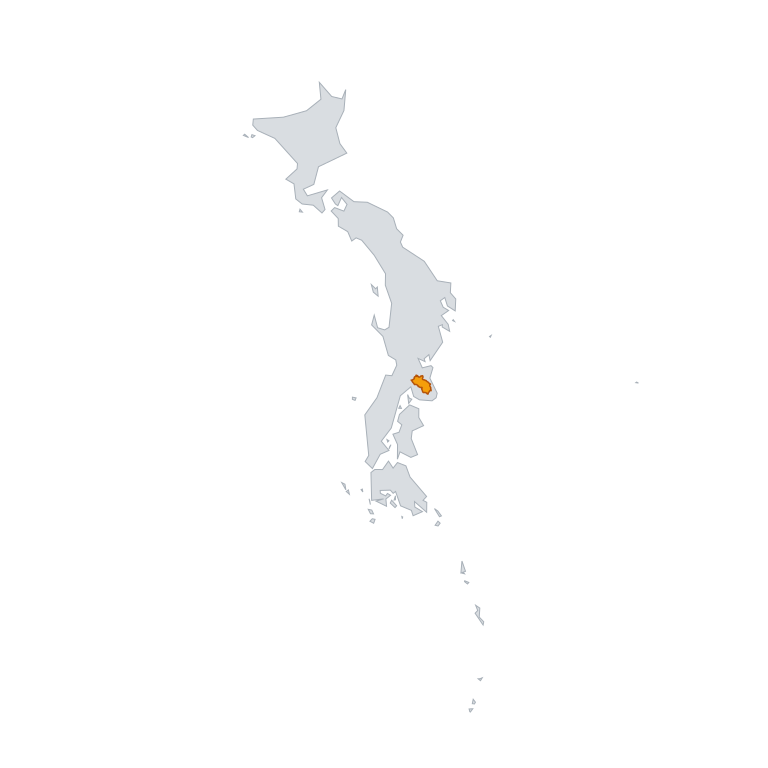 Japan, with Nara highlighted, rotated 305°
{"feature_id": "JPN-1851", "entity_name": "Nara", "entity_type": "Prefecture", "adm_level": 1, "iso_a3": "JPN", "parent_name": "Japan", "parent_adm1": "", "projection": "mercator", "projection_center": [135.875, 34.299], "detail": "fine", "context": "in_parent", "style": "filled", "palette": "amber", "viewbox_px": 768, "rotation_deg": 305, "n_neighbors": 0, "source": "natural_earth", "source_scale": "10m", "svg_char_len": 5570}
<svg xmlns="http://www.w3.org/2000/svg" viewBox="0 0 768 768"><g transform="rotate(305 384 384)"><path d="M506.3,234.3L516.6,236.9L516.1,254.8L523.3,266.1L526.9,288.3L525.4,296.4L518.4,305.3L516.8,314.3L509.7,316.0L506.8,320.8L507.6,346.6L499.1,368.4L505.1,380.8L496.8,386.0L494.8,394.0L484.7,400.4L484.3,391.2L489.7,384.2L484.5,382.4L480.8,388.5L481.3,394.8L472.9,391.7L469.7,402.3L464.8,407.6L464.1,399.0L466.1,397.8L462.4,395.4L451.9,408.1L429.6,408.4L433.8,403.9L427.7,402.4L425.9,404.8L424.5,397.2L419.2,406.1L426.0,412.0L425.5,414.7L415.1,418.2L407.0,432.8L402.6,434.6L397.8,433.0L391.4,422.2L390.8,415.5L397.1,407.6L383.7,404.1L352.1,415.2L335.6,414.6L332.4,426.2L324.3,421.2L308.1,423.0L309.7,413.0L316.7,412.5L347.7,386.0L368.7,386.1L392.3,380.3L395.3,385.7L406.7,383.7L410.5,379.8L409.9,371.2L422.4,355.8L425.3,340.0L434.8,336.5L426.4,346.5L428.7,353.5L433.3,355.6L454.5,344.0L465.7,328.4L475.2,322.0L483.8,302.2L489.0,283.3L487.7,277.3L482.6,275.6L488.0,266.9L487.1,256.1L493.3,251.6L495.4,241.5L500.2,242.4L502.6,252.0L509.9,250.7L512.4,242.2L503.6,243.9L503.6,240.9L506.3,234.3ZM563.4,163.8L581.1,169.0L594.0,158.0L589.5,176.3L593.4,186.1L603.2,183.8L585.1,194.3L566.3,197.5L555.6,210.0L551.8,221.1L524.4,205.7L507.3,212.0L497.3,206.2L494.2,213.3L510.5,226.3L500.8,226.0L493.1,235.6L488.5,235.1L489.9,223.5L484.5,213.7L485.0,205.6L496.3,195.5L495.5,186.1L510.3,189.4L515.0,186.7L522.6,153.7L519.1,134.9L520.8,128.0L526.1,125.0L544.8,148.5L563.4,163.8ZM313.1,431.9L323.4,431.9L320.3,439.7L327.4,440.1L329.5,448.9L322.7,458.7L316.3,483.4L311.1,482.7L311.6,486.9L303.4,492.5L305.2,476.4L300.9,479.8L301.5,488.7L292.8,483.4L296.2,478.9L293.7,467.5L302.6,455.1L299.7,454.2L300.7,450.1L294.6,441.9L292.4,443.7L293.3,449.6L296.3,449.6L296.6,453.2L290.9,451.5L285.3,456.2L283.5,444.7L289.7,449.6L281.6,440.6L304.0,424.1L308.7,425.5L313.1,431.9ZM368.0,414.1L381.6,417.0L383.7,426.7L376.5,431.7L372.6,440.3L361.8,434.0L354.9,437.6L345.4,452.0L339.3,448.1L337.6,436.0L330.1,438.1L342.2,429.8L348.0,420.1L353.1,424.0L360.8,422.0L361.2,416.6L368.0,414.1ZM255.4,591.0L247.7,595.7L246.4,602.1L243.4,603.4L248.5,590.1L252.2,590.7L255.3,586.0L255.4,591.0ZM459.6,322.9L452.6,328.8L453.1,322.6L458.2,316.6L457.2,322.6L459.6,322.9ZM283.7,549.4L277.3,558.2L273.3,555.4L283.7,549.4ZM291.5,464.2L289.1,463.9L290.1,457.4L293.2,456.9L291.5,464.2ZM387.5,415.5L382.2,415.4L388.9,409.4L386.9,412.9L387.5,415.5ZM302.2,509.8L298.7,509.7L297.6,506.9L302.6,506.9L302.2,509.8ZM279.5,409.5L275.4,413.5L279.0,405.9L279.5,409.5ZM308.9,506.7L307.1,505.6L310.9,496.8L310.8,501.0L308.9,506.7ZM263.5,451.2L266.9,451.7L268.0,454.3L264.0,455.4L263.5,451.2ZM276.8,415.6L273.8,418.9L274.3,414.7L276.8,415.6ZM168.9,643.0L164.8,642.9L164.8,642.2L166.6,640.1L168.9,643.0ZM356.6,369.1L354.0,369.7L353.3,366.9L355.1,365.7L356.6,369.1ZM271.6,449.9L270.0,447.3L272.3,443.0L273.7,446.3L271.6,449.9ZM176.9,637.9L175.8,641.4L173.8,641.6L172.8,639.7L176.9,637.9ZM270.1,567.3L268.1,567.1L268.3,563.3L269.1,563.0L270.1,567.3ZM513.4,135.9L510.4,135.0L510.2,133.5L512.5,132.8L513.4,135.9ZM299.0,457.5L295.7,459.8L294.7,458.8L299.0,457.5ZM478.0,218.6L476.5,215.8L479.0,214.9L478.0,218.6ZM333.6,425.4L335.7,424.6L338.3,424.5L333.6,425.4ZM508.7,126.6L508.2,131.7L507.0,126.2L508.7,126.6ZM280.1,439.4L277.4,442.0L281.4,437.6L280.1,439.4ZM199.7,633.0L196.3,633.2L196.5,630.2L197.6,631.6L199.7,633.0ZM285.5,426.5L283.4,428.6L284.3,425.8L285.5,426.5ZM375.5,409.6L374.0,412.3L372.6,410.0L375.5,409.6ZM275.2,557.1L274.7,558.8L273.9,556.7L275.2,557.1ZM476.4,403.8L475.7,405.9L475.3,403.8L476.4,403.8ZM285.8,475.6L284.1,476.2L285.7,474.6L285.8,475.6ZM340.2,418.3L340.3,420.6L338.6,420.3L340.2,418.3ZM485.3,443.9L483.3,444.3L483.4,443.2L485.3,443.9ZM530.5,589.8L530.7,591.9L529.5,589.5L530.5,589.8Z" fill="#d9dde1" stroke="#a8b0b8" stroke-width="1"/><path d="M409.3,405.3L409.6,405.3L409.8,405.6L409.8,405.8L409.9,406.2L410.0,406.7L409.9,406.9L409.4,407.0L409.7,407.4L409.8,407.6L409.8,407.9L409.7,408.3L409.6,408.6L409.8,408.9L410.1,409.2L410.5,409.4L410.9,409.6L411.2,409.6L411.4,409.6L411.6,409.6L411.8,409.8L412.0,410.2L412.2,410.3L412.6,410.4L412.7,410.5L412.8,410.8L412.8,411.1L412.6,411.4L412.1,411.9L411.7,412.1L410.9,412.2L410.5,412.4L410.2,412.6L410.0,413.0L410.0,413.4L410.1,413.7L410.2,414.0L410.7,415.2L410.7,415.4L410.6,415.6L410.7,416.0L410.8,416.3L411.0,416.6L410.9,416.9L410.7,417.9L410.8,419.1L410.8,419.4L410.3,421.2L410.4,421.5L410.6,422.0L410.3,422.2L409.3,422.1L409.0,422.3L408.7,422.6L408.4,423.1L408.3,423.5L408.1,423.9L407.8,424.4L407.1,424.8L406.9,425.1L406.6,425.1L406.3,425.7L406.1,426.0L405.6,426.3L405.0,425.5L404.7,425.3L404.4,425.3L404.1,425.4L403.8,425.5L403.6,425.5L403.4,425.5L402.6,425.3L402.3,425.3L402.0,425.3L401.8,425.4L401.4,425.8L401.1,425.8L400.9,425.7L400.8,425.4L400.7,425.0L400.8,424.4L400.9,423.9L401.0,423.5L400.8,422.9L400.4,422.4L400.3,422.0L400.1,421.7L399.8,421.4L399.6,421.2L399.6,420.9L399.7,420.4L400.2,419.7L400.4,419.3L401.0,418.7L401.3,418.0L401.5,417.8L401.7,417.6L401.9,417.5L402.7,417.5L402.8,417.3L402.9,417.0L402.6,416.5L402.1,415.9L401.9,415.6L401.9,414.7L401.6,413.5L401.9,413.4L402.0,413.3L402.1,413.1L402.1,412.6L402.2,412.0L402.2,411.7L402.2,411.3L402.0,410.6L401.7,410.0L401.5,409.8L401.2,409.5L401.1,409.4L401.1,409.1L401.6,408.0L402.0,406.2L402.2,405.9L402.4,405.5L402.8,404.2L403.1,404.4L403.5,404.8L403.7,405.0L404.0,405.1L404.8,405.4L405.0,405.5L405.3,405.6L405.6,405.7L406.1,405.5L406.4,405.2L406.8,405.0L407.3,405.0L407.9,405.3L408.3,405.5L408.6,405.7L408.8,405.7L409.0,405.7L409.3,405.3Z" fill="#f59e0b" stroke="#b45309" stroke-width="1.5"/></g></svg>